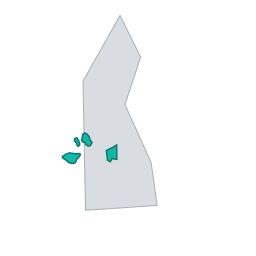 where Mont Fleuri sits in Seychelles, rotated 211°
{"feature_id": "SYC-5215", "entity_name": "Mont Fleuri", "entity_type": "state/province", "adm_level": 1, "iso_a3": "SYC", "parent_name": "Seychelles", "parent_adm1": "", "projection": "mercator", "projection_center": [55.496, -4.623], "detail": "fine", "context": "in_parent", "style": "filled", "palette": "teal", "viewbox_px": 256, "rotation_deg": 211, "n_neighbors": 0, "source": "natural_earth", "source_scale": "10m", "svg_char_len": 839}
<svg xmlns="http://www.w3.org/2000/svg" viewBox="0 0 256 256"><g transform="rotate(211 128 128)"><path d="M190.7,145.0L192.8,220.4L153.6,195.2L142.7,146.5L90.3,110.2L63.2,76.7L122.0,35.6L190.7,145.0Z" fill="#d9dde1" stroke="#a8b0b8" stroke-width="1"/><path d="M156.2,69.8L157.4,68.9L161.0,67.8L164.8,68.6L168.1,68.6L169.6,69.6L168.1,72.9L165.5,76.5L160.2,78.6L156.8,80.9L155.3,81.1L154.9,78.8L155.8,74.5L155.3,71.6L156.2,69.8ZM125.8,90.0L129.0,89.9L135.0,97.6L131.2,103.3L129.0,107.6L121.5,95.4L125.8,93.6L125.8,90.0ZM159.2,92.7L161.2,93.4L163.5,99.2L162.7,101.5L160.0,101.7L156.7,100.5L154.4,98.3L151.4,97.1L151.2,93.5L152.8,92.0L155.7,92.1L157.7,93.5L159.2,92.7ZM161.3,86.6L162.5,86.8L164.5,88.6L167.3,89.3L168.3,91.4L166.9,93.3L164.8,92.3L162.1,90.5L160.6,88.4L161.3,86.6Z" fill="#14b8a6" stroke="#0f766e" stroke-width="1.5"/></g></svg>